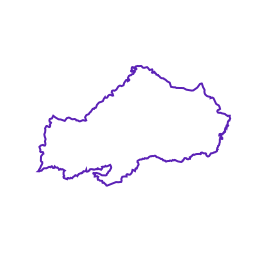 Bondo, Orientale, Democratic Republic of the Congo (Albers equal-area conic projection), rotated 339°
{"feature_id": "63176286B80368275017521", "entity_name": "Bondo", "entity_type": "district", "adm_level": 2, "iso_a3": "COD", "parent_name": "Democratic Republic of the Congo", "parent_adm1": "Orientale", "projection": "albers", "projection_center": [23.994, 4.253], "detail": "fine", "context": "isolated", "style": "outline", "palette": "violet", "viewbox_px": 256, "rotation_deg": 339, "n_neighbors": 0, "source": "geoboundaries", "source_scale": "gbopen_adm2", "svg_char_len": 5838}
<svg xmlns="http://www.w3.org/2000/svg" viewBox="0 0 256 256"><g transform="rotate(339 128 128)"><path d="M165.5,178.8L167.0,178.6L167.3,177.9L168.2,177.8L170.0,176.4L171.3,176.9L171.8,177.4L171.8,178.0L172.4,178.5L173.1,178.8L174.0,178.6L174.8,179.0L175.0,178.7L175.3,177.5L176.0,177.7L176.5,177.2L177.5,177.1L178.7,176.3L179.7,176.3L180.0,176.8L182.4,176.8L185.7,177.9L186.3,178.4L186.6,178.4L187.2,177.3L188.3,177.4L189.6,178.8L191.3,179.4L191.6,179.8L191.7,180.1L191.4,180.7L191.5,182.0L192.3,183.2L192.7,183.3L193.8,183.2L196.3,181.4L198.2,181.8L199.3,181.6L200.3,181.9L200.9,181.6L202.0,181.7L202.6,181.5L202.9,181.3L203.2,180.3L204.0,180.1L203.8,179.3L204.1,178.7L205.1,178.0L205.8,176.9L206.7,176.8L207.5,175.8L207.7,175.2L208.5,174.4L209.7,171.4L210.3,171.2L210.5,170.3L210.8,170.3L211.3,171.5L211.8,172.0L212.1,172.0L212.5,171.1L212.0,170.0L212.2,168.8L210.5,167.8L211.2,166.6L211.5,166.5L212.4,166.7L214.0,167.7L214.6,167.0L215.1,167.2L215.7,167.0L216.1,166.2L217.2,166.4L217.7,165.5L217.6,164.8L218.8,163.0L219.4,162.8L219.8,163.8L220.3,163.0L220.3,161.8L221.0,161.0L221.4,161.1L221.9,161.9L222.4,161.6L222.3,160.9L221.9,160.5L222.7,159.5L223.5,158.0L224.7,157.1L225.3,157.4L226.8,155.7L226.8,154.2L227.4,153.0L226.4,152.6L225.2,152.5L224.9,151.7L224.1,150.8L223.5,149.6L220.7,147.8L220.0,147.0L218.5,146.5L217.5,145.8L217.3,144.5L217.8,143.8L218.4,143.5L219.6,143.5L220.8,143.2L221.0,140.9L220.8,139.4L219.1,137.4L218.9,136.8L218.5,130.9L217.8,129.9L215.9,129.7L216.3,129.1L216.0,128.5L213.9,127.1L213.0,126.2L212.1,124.3L212.0,123.2L212.3,121.6L213.1,120.0L213.1,119.3L212.7,116.8L212.9,113.0L212.6,112.8L210.9,112.7L207.2,115.1L202.4,116.3L200.9,115.9L196.2,113.1L194.1,110.6L187.5,107.9L186.5,106.8L185.6,106.6L183.4,105.3L182.9,104.9L183.2,100.6L181.4,98.6L180.2,96.1L179.4,95.5L179.0,94.4L177.3,93.6L176.7,93.0L176.2,92.3L175.9,91.0L175.0,90.0L175.1,89.3L173.6,88.4L173.6,87.2L172.9,86.5L173.0,85.7L172.7,85.0L171.1,85.4L170.5,85.2L170.3,84.9L171.1,84.0L171.4,83.2L171.6,82.5L171.5,81.9L168.9,81.6L168.2,79.1L167.6,78.0L164.5,77.6L163.4,76.8L162.8,75.1L162.5,74.8L160.0,74.0L159.4,73.6L157.4,73.3L156.4,73.7L156.4,74.3L157.0,75.5L157.0,75.9L156.2,76.2L154.4,72.9L153.7,72.7L153.3,73.0L152.8,73.7L152.4,75.2L151.4,75.6L151.2,76.1L151.9,77.0L153.3,76.6L154.1,76.7L154.5,77.1L154.6,77.9L153.4,78.5L152.3,79.4L150.6,79.3L149.6,79.8L148.8,79.5L147.5,79.7L145.9,81.2L145.8,81.8L146.5,83.2L146.2,83.9L145.9,84.0L144.5,84.2L144.5,82.8L143.4,82.6L140.6,84.5L139.1,86.5L137.0,86.6L135.8,85.6L135.1,85.5L133.7,85.9L130.9,88.0L128.8,88.4L127.6,87.6L126.5,87.6L125.6,88.8L125.9,90.5L125.7,92.3L125.0,92.2L123.4,90.6L122.2,90.4L120.9,90.9L120.0,91.8L119.1,92.2L117.6,91.6L117.6,91.0L115.9,92.1L114.2,93.9L111.8,94.0L110.6,93.8L109.7,94.0L107.3,95.3L105.4,97.5L104.5,97.5L103.9,97.2L103.2,98.0L101.9,97.5L98.6,99.8L98.3,99.8L98.7,99.6L97.9,99.8L96.3,101.0L94.0,101.0L93.5,101.2L91.8,102.6L91.7,105.9L90.7,105.9L88.8,104.5L86.0,104.6L84.9,104.3L83.8,102.9L82.5,102.4L82.4,101.6L81.5,100.5L79.1,99.9L78.2,99.0L77.2,97.6L76.3,97.0L74.4,96.9L71.5,98.7L68.2,95.9L66.3,95.0L64.0,92.1L62.6,89.8L60.4,91.8L58.2,91.6L57.4,92.6L57.1,94.1L58.1,95.4L57.8,95.8L56.3,96.7L56.1,98.1L55.6,98.7L55.2,99.0L54.7,98.9L53.1,97.1L52.6,96.9L50.8,98.3L50.3,98.9L50.3,99.8L50.0,100.5L49.0,102.4L47.7,103.8L47.5,104.4L47.2,106.0L47.1,108.8L45.6,110.8L45.4,112.6L44.9,113.9L44.2,114.6L43.7,114.5L43.2,114.2L42.6,113.3L40.3,113.1L38.5,113.9L38.4,117.1L37.6,118.4L37.9,119.2L39.8,119.9L40.0,120.3L39.8,121.7L39.1,121.8L36.9,123.1L36.5,123.6L34.9,127.4L35.0,128.3L35.7,129.1L35.3,130.4L34.1,131.6L33.4,132.0L31.7,133.9L30.1,135.0L29.2,136.0L28.6,136.2L29.7,136.7L30.6,136.5L32.0,136.9L33.3,136.1L35.1,135.5L37.5,136.4L40.4,136.0L41.6,136.9L42.8,136.3L43.2,136.4L43.6,138.3L44.5,138.8L45.8,137.6L46.3,138.9L47.1,139.4L47.9,139.5L48.8,141.4L48.7,142.3L49.8,142.4L50.5,142.1L51.3,143.0L52.1,143.0L53.7,145.1L52.7,145.4L51.9,146.5L51.2,148.3L51.3,149.9L50.3,150.4L50.2,151.6L52.2,153.5L53.0,153.3L53.1,153.8L54.1,153.2L54.4,153.3L54.8,153.9L55.7,154.3L56.5,153.9L57.8,154.9L59.6,153.9L60.9,153.8L61.5,153.3L62.2,153.3L62.5,153.8L63.3,154.2L63.5,154.7L64.5,153.9L64.9,153.9L65.5,153.3L66.2,153.4L67.3,153.2L67.9,153.6L68.6,153.2L69.1,153.6L69.8,153.3L70.4,152.7L71.0,152.4L71.7,152.9L73.2,153.0L74.0,152.1L73.7,153.6L74.0,154.1L75.6,154.2L76.2,153.8L76.8,153.8L77.5,153.0L78.7,153.1L80.5,154.0L80.5,154.3L81.4,154.8L82.4,154.8L83.2,155.1L83.4,154.9L84.1,155.1L84.9,154.9L84.8,155.3L85.0,155.6L85.7,155.4L86.3,156.1L87.5,156.6L87.9,157.3L89.3,156.6L90.0,155.6L89.9,155.0L90.7,155.1L91.9,155.7L93.4,155.3L93.7,156.0L95.1,156.3L98.1,156.0L98.3,156.8L98.3,157.8L98.2,158.7L97.8,159.4L95.5,161.4L95.2,161.6L94.2,161.6L93.0,162.9L92.0,163.1L91.2,164.2L90.3,164.3L86.7,162.8L84.9,160.5L82.4,158.6L81.0,158.3L79.7,157.6L79.3,158.1L80.5,159.7L80.0,160.1L79.5,161.4L81.9,161.9L82.7,163.0L81.7,163.9L81.4,165.3L81.9,165.3L82.8,167.0L84.9,168.1L84.6,170.0L85.0,170.3L85.8,170.2L86.1,170.7L86.3,171.6L87.0,172.6L87.2,173.9L87.7,174.3L97.5,174.2L99.6,175.2L102.4,175.9L103.2,174.8L103.3,173.9L103.8,172.8L105.2,171.5L107.2,171.9L109.3,172.8L109.9,171.0L110.7,170.8L112.2,171.9L113.0,172.2L113.5,172.2L114.9,171.5L116.0,170.5L117.2,168.7L117.8,169.1L119.1,170.7L120.5,168.6L121.2,168.5L121.6,169.0L121.8,168.9L123.5,166.9L124.8,166.0L125.0,164.1L124.6,163.2L125.2,162.1L127.8,161.7L129.6,162.3L130.6,161.9L131.8,162.6L132.3,162.6L132.9,162.2L134.3,163.1L134.9,163.0L135.5,163.4L137.2,162.6L138.8,162.4L139.6,162.8L140.4,162.7L141.4,163.3L143.2,163.5L143.8,164.0L144.2,165.4L145.3,166.0L146.8,167.5L147.6,168.7L148.6,169.0L149.2,170.7L149.6,170.6L150.5,171.8L151.2,172.0L151.5,173.0L153.0,173.0L154.7,173.6L155.4,173.4L156.1,173.7L156.8,174.4L158.4,173.9L159.2,174.7L160.1,174.5L160.9,175.1L161.2,175.7L162.8,177.2L165.5,178.8Z" fill="none" stroke="#5b21b6" stroke-width="2"/></g></svg>